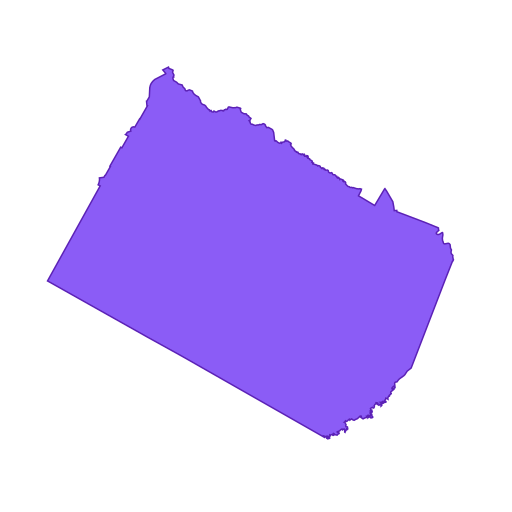 Whitehorse, Victoria, Australia (orthographic projection), rotated 21°
{"feature_id": "25037944B93635537501367", "entity_name": "Whitehorse", "entity_type": "district", "adm_level": 2, "iso_a3": "AUS", "parent_name": "Australia", "parent_adm1": "Victoria", "projection": "orthographic", "projection_center": [145.175, -37.829], "detail": "fine", "context": "isolated", "style": "filled", "palette": "violet", "viewbox_px": 512, "rotation_deg": 21, "n_neighbors": 0, "source": "geoboundaries", "source_scale": "gbopen_adm2", "svg_char_len": 6109}
<svg xmlns="http://www.w3.org/2000/svg" viewBox="0 0 512 512"><g transform="rotate(21 256 256)"><path d="M70.3,354.0L184.2,370.7L222.2,376.0L385.7,400.9L384.1,399.7L385.4,399.6L386.2,399.8L386.6,398.8L387.1,398.6L388.2,399.0L387.5,400.1L387.4,400.8L388.7,401.0L389.0,399.7L389.9,400.0L390.1,399.8L389.0,397.8L388.9,396.6L389.8,396.9L389.7,396.3L390.5,395.7L391.1,395.5L392.1,395.9L392.5,395.7L392.8,394.9L391.7,394.4L391.8,393.9L392.9,394.0L393.4,394.8L394.6,394.3L395.9,394.2L396.2,393.1L397.1,392.2L397.2,391.7L396.6,391.2L395.0,391.4L394.8,391.0L396.7,389.4L397.3,387.8L398.3,386.7L398.6,386.7L399.1,387.3L400.0,386.3L400.1,385.9L400.4,385.9L401.1,386.4L401.9,388.6L402.3,388.7L402.2,387.7L402.6,386.5L402.5,384.7L402.8,384.5L403.6,384.9L403.6,384.5L402.6,382.8L401.1,383.1L400.6,382.4L400.6,381.6L400.4,381.0L399.7,380.6L398.8,379.5L398.0,379.5L398.4,378.9L398.6,377.8L399.6,378.1L400.0,377.9L401.6,374.8L402.2,374.8L402.5,375.5L403.7,373.8L405.3,374.3L406.5,374.2L406.8,373.9L407.5,372.9L409.0,371.5L410.6,368.1L411.6,367.8L411.8,368.1L411.5,369.0L414.3,369.7L415.7,368.1L417.0,367.2L417.0,366.9L416.7,366.2L418.0,366.5L417.4,365.0L417.6,364.5L418.8,364.3L418.8,366.4L419.9,364.6L420.3,365.7L421.2,366.0L422.1,365.6L422.8,364.9L422.7,364.4L421.6,363.9L421.2,362.9L419.9,363.6L419.9,363.2L420.4,362.6L418.9,361.9L418.7,361.4L418.9,361.2L420.2,361.0L420.3,359.7L419.9,359.4L419.3,359.7L418.2,359.7L419.2,358.4L418.2,358.3L417.5,357.3L418.8,355.6L419.9,356.0L420.5,355.5L420.5,354.2L420.0,353.6L420.2,352.0L420.8,351.1L420.6,349.9L422.2,349.6L422.6,349.8L422.5,350.0L421.7,350.4L421.6,350.8L424.3,351.3L424.9,349.9L425.4,349.7L425.8,349.9L426.5,351.4L427.0,350.4L426.1,348.4L424.6,348.0L425.5,347.6L426.5,346.3L426.8,346.6L426.7,348.1L427.2,348.1L427.9,347.5L427.6,346.6L429.1,346.3L429.6,345.9L429.7,345.6L429.2,345.2L427.9,345.1L428.3,343.3L428.1,342.2L428.9,342.1L430.5,342.4L429.9,341.3L430.0,339.9L430.2,339.3L430.8,339.0L430.8,338.6L430.4,338.2L431.6,336.1L431.5,335.8L430.8,335.6L430.5,334.6L432.6,330.9L432.5,330.4L432.3,330.3L432.0,331.3L431.4,330.9L430.9,331.4L430.6,331.3L430.4,331.1L430.3,330.1L431.1,328.4L432.7,329.4L433.0,329.1L431.1,325.3L431.0,324.5L431.2,323.9L432.7,323.0L433.4,320.5L434.0,319.2L436.9,314.8L437.5,313.5L438.4,309.3L441.0,305.0L441.1,210.5L441.3,190.7L441.5,190.6L441.7,188.8L441.3,188.6L440.8,187.5L440.0,186.4L439.6,184.9L437.8,184.0L437.1,183.3L436.6,182.3L436.3,180.3L434.8,179.0L433.1,175.8L432.0,175.2L430.9,175.2L427.8,177.1L426.8,177.1L426.3,176.7L425.8,175.9L424.7,174.8L423.6,172.6L422.9,169.3L421.9,167.4L421.5,167.3L421.2,167.6L419.6,169.8L418.6,170.6L417.5,170.9L416.4,170.6L416.1,170.0L416.1,169.3L417.5,166.5L417.0,166.0L416.2,164.4L403.1,164.1L371.7,164.2L371.1,163.0L368.8,164.1L367.1,160.9L364.3,156.3L354.7,148.6L352.2,146.9L352.0,147.3L348.7,166.3L330.1,163.1L330.7,157.6L330.5,155.8L328.9,155.9L328.0,156.5L325.7,157.1L322.2,157.3L321.5,157.8L320.8,157.6L319.2,158.3L318.3,157.9L316.8,158.1L313.7,156.6L313.6,155.6L312.8,154.8L311.8,154.9L311.4,155.2L311.1,154.9L310.5,155.1L309.9,154.4L309.9,154.1L310.3,153.9L310.1,153.8L307.0,153.8L306.7,153.9L306.7,154.3L305.7,153.4L304.7,153.0L304.1,153.3L304.7,153.8L304.0,154.0L303.2,153.4L302.9,152.7L302.2,152.9L301.7,152.4L300.4,151.9L298.9,152.5L297.9,151.9L297.4,151.3L296.6,151.1L295.6,151.9L294.4,151.9L293.5,151.5L293.0,150.5L292.1,150.1L290.3,150.9L289.2,150.3L288.8,150.9L288.5,150.8L288.5,150.4L288.0,149.8L286.6,149.8L286.4,150.0L286.5,150.6L286.2,150.8L285.4,150.3L284.4,150.2L284.0,149.4L283.2,149.1L282.0,149.2L281.3,149.8L280.3,149.3L277.1,149.5L276.2,149.8L275.9,149.6L276.2,148.6L274.6,148.5L274.7,147.6L274.2,147.1L271.6,146.7L271.2,146.0L269.4,146.2L268.7,145.7L269.1,145.3L268.7,145.1L269.1,144.7L268.9,144.3L268.3,143.9L267.5,144.1L267.7,144.7L266.4,145.2L265.7,144.6L265.7,145.1L265.5,145.3L264.6,143.7L264.0,144.0L263.8,144.6L263.3,144.2L262.5,144.1L262.0,144.7L262.0,145.1L261.2,145.2L260.9,144.8L259.1,145.1L258.0,144.1L257.6,144.2L257.6,144.5L256.6,144.6L256.5,144.1L254.9,144.0L254.5,143.6L254.1,143.7L253.7,143.0L252.5,142.2L251.4,141.9L249.3,140.7L248.2,139.4L248.7,138.7L248.1,138.1L245.3,137.6L244.4,137.2L243.5,137.8L242.7,137.6L242.3,137.1L241.8,137.3L241.8,137.7L242.1,138.3L241.6,139.2L239.8,140.4L239.5,141.5L238.6,140.9L238.5,141.6L237.8,142.3L235.6,142.1L233.7,141.3L233.2,141.3L232.9,141.8L232.1,141.7L228.2,134.3L226.4,132.4L225.4,132.0L221.4,131.5L220.1,132.3L218.3,131.2L218.0,130.9L218.0,130.5L217.2,130.0L216.5,129.8L215.2,129.9L213.8,131.5L212.2,131.9L211.5,132.7L209.8,133.4L209.1,134.2L207.1,134.5L205.3,134.3L204.3,134.7L203.3,134.2L202.5,133.1L202.1,133.0L202.1,132.6L201.1,132.2L201.8,131.5L201.8,130.2L202.1,129.5L201.9,129.3L199.9,128.8L198.8,127.9L197.5,127.8L196.0,126.8L193.7,127.5L190.9,127.1L190.1,126.5L188.5,124.3L188.8,124.1L188.8,123.7L188.5,123.6L184.8,123.9L184.0,124.7L181.3,125.9L177.3,126.5L176.8,127.0L176.6,129.4L176.0,129.8L175.3,129.7L174.9,130.3L174.0,130.9L173.8,132.1L173.1,132.4L172.4,132.2L170.8,132.7L169.5,133.8L168.7,134.1L168.5,134.8L167.2,135.9L166.6,136.0L164.8,135.7L164.7,136.7L163.5,137.2L162.9,137.1L162.0,136.3L161.2,137.2L160.5,136.4L160.0,136.2L159.5,136.4L158.2,135.8L156.4,134.9L155.5,134.1L153.9,133.5L151.5,133.6L149.7,132.7L149.0,132.1L148.7,131.1L145.2,128.1L142.2,127.7L140.1,127.0L138.4,125.9L137.6,124.8L134.4,124.7L133.3,125.5L132.6,126.4L131.5,126.9L130.6,126.6L129.7,125.4L127.2,124.3L125.8,122.8L121.8,123.2L119.6,122.2L116.2,121.7L114.9,120.2L114.6,119.5L114.5,118.9L115.1,118.3L114.5,117.8L114.6,116.5L112.4,114.6L112.1,113.5L112.2,112.9L112.0,112.3L110.8,112.1L107.5,112.1L106.6,111.0L102.3,115.7L106.3,117.9L106.4,118.3L98.2,127.5L97.0,130.0L96.3,132.5L96.2,134.4L96.5,136.9L99.4,145.7L98.6,150.5L98.3,150.7L100.4,154.9L100.8,154.8L98.5,169.8L98.2,169.7L96.7,179.0L95.1,179.4L93.9,180.5L93.6,181.5L93.5,182.5L93.8,183.4L94.4,184.3L91.7,186.4L91.4,186.9L91.2,188.3L90.6,189.4L94.0,189.9L92.0,203.1L90.7,202.9L87.4,224.5L88.0,224.6L86.5,234.5L86.1,234.9L85.8,237.0L81.8,239.2L82.6,240.9L83.0,242.6L83.2,244.3L83.1,246.1L85.4,246.4L70.3,354.0Z" fill="#8b5cf6" stroke="#5b21b6" stroke-width="1.5"/></g></svg>